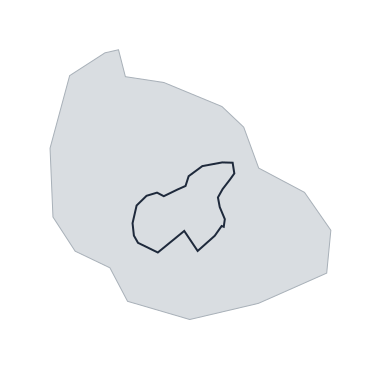 location of Moka within Mauritius, rotated 101°
{"feature_id": "MUS-5186", "entity_name": "Moka", "entity_type": "District", "adm_level": 1, "iso_a3": "MUS", "parent_name": "Mauritius", "parent_adm1": "", "projection": "mercator", "projection_center": [57.579, -20.265], "detail": "fine", "context": "in_parent", "style": "outline", "palette": "slate", "viewbox_px": 384, "rotation_deg": 101, "n_neighbors": 0, "source": "natural_earth", "source_scale": "10m", "svg_char_len": 773}
<svg xmlns="http://www.w3.org/2000/svg" viewBox="0 0 384 384"><g transform="rotate(101 192 192)"><path d="M243.1,323.7L176.1,339.7L101.1,334.3L72.0,304.0L66.4,291.3L91.5,279.4L89.9,240.5L102.4,178.9L118.5,153.6L155.8,131.1L170.9,81.5L203.1,48.4L245.9,44.3L288.6,105.5L317.6,169.9L311.6,234.4L282.1,258.1L272.4,295.4L243.1,323.7Z" fill="#d9dde1" stroke="#a8b0b8" stroke-width="1"/><path d="M220.1,154.2L219.7,156.4L230.6,161.3L248.8,175.2L231.7,192.2L257.9,214.0L252.2,235.3L245.9,240.7L234.0,244.4L215.8,243.8L204.4,235.9L199.3,226.2L201.5,218.9L192.4,206.8L187.3,199.5L177.1,198.3L164.6,186.8L157.2,168.0L155.5,157.7L165.7,154.0L172.5,157.1L183.3,162.5L187.5,163.9L192.4,165.5L201.5,161.9L212.4,154.6L220.1,154.2Z" fill="none" stroke="#1e293b" stroke-width="2"/></g></svg>